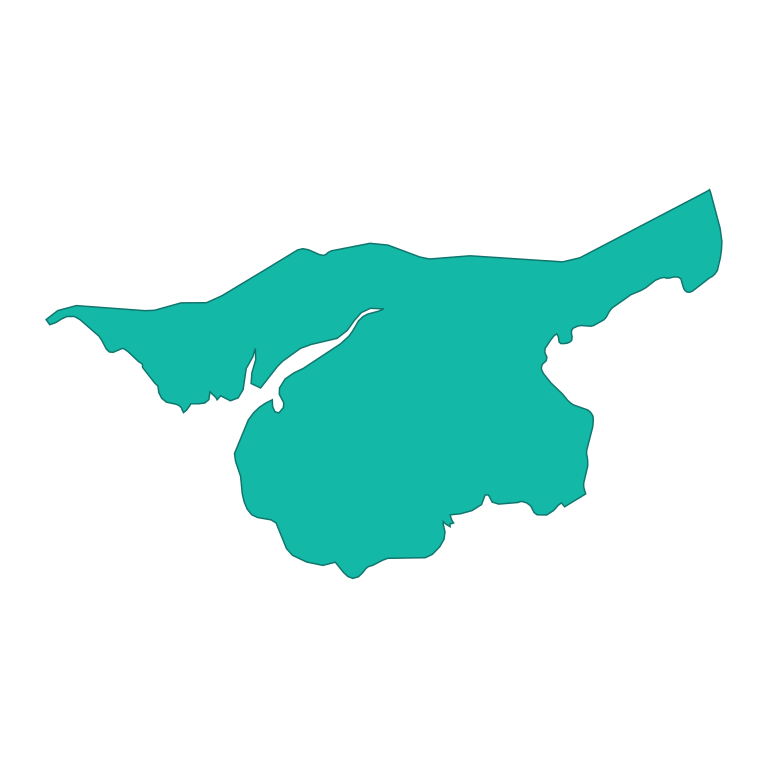 map outline of Cacheu (Robinson projection)
{"feature_id": "GNB-771", "entity_name": "Cacheu", "entity_type": "Region", "adm_level": 1, "iso_a3": "GNB", "parent_name": "Guinea-Bissau", "parent_adm1": "", "projection": "robinson", "projection_center": [-16.012, 12.221], "detail": "fine", "context": "isolated", "style": "filled", "palette": "teal", "viewbox_px": 768, "rotation_deg": 0, "n_neighbors": 0, "source": "natural_earth", "source_scale": "10m", "svg_char_len": 3110}
<svg xmlns="http://www.w3.org/2000/svg" viewBox="0 0 768 768"><path d="M562.4,261.9L579.9,257.8L708.0,190.8L709.5,189.6L710.7,192.9L720.1,228.3L721.9,241.5L721.5,249.4L720.4,257.6L717.4,270.4L714.9,274.0L712.4,276.3L709.9,277.6L692.9,290.8L690.0,292.2L687.2,292.1L685.1,290.6L683.6,288.3L680.9,278.9L678.8,277.3L676.0,276.9L673.0,277.1L670.6,277.8L669.0,278.0L666.6,278.2L664.2,277.4L660.3,278.2L655.3,280.3L645.9,287.7L640.7,290.6L631.0,294.6L611.7,308.3L609.0,312.0L606.2,317.3L603.7,319.9L593.7,325.5L590.8,326.2L581.2,325.5L577.5,326.2L572.9,328.3L571.4,331.0L571.5,333.8L572.1,336.7L571.7,340.4L569.6,342.2L566.8,343.3L563.5,343.6L561.0,343.6L559.2,342.2L558.3,336.6L556.8,333.9L554.1,335.7L550.9,339.7L545.2,348.3L544.7,352.1L545.8,354.8L546.9,356.9L546.3,360.6L542.3,364.4L541.5,366.9L541.5,369.5L542.6,371.9L544.0,374.3L551.0,383.0L562.6,394.1L567.6,400.3L569.6,402.1L571.7,403.8L574.2,405.2L587.8,410.0L590.0,411.7L591.7,413.9L593.0,416.3L593.3,420.9L592.7,427.0L586.6,450.7L586.6,454.2L587.3,457.4L587.7,461.4L587.7,466.2L583.7,483.0L583.7,486.7L584.3,489.4L585.7,493.9L565.4,506.3L564.8,506.8L565.1,507.3L561.4,502.9L558.4,505.1L553.6,510.5L546.6,515.0L537.1,514.8L534.1,512.5L530.6,505.8L526.7,502.9L522.2,501.5L520.1,501.7L517.9,502.5L498.7,504.1L492.1,502.0L488.5,495.0L485.1,495.0L481.5,504.6L472.0,510.6L460.4,513.8L450.1,514.8L451.3,518.9L452.1,520.7L453.6,523.0L451.8,523.6L450.6,523.5L450.0,524.1L450.1,526.7L446.0,524.2L443.2,521.6L443.3,524.3L445.0,532.1L444.0,539.3L439.7,546.8L432.3,554.4L425.3,557.7L387.7,558.3L382.7,560.2L372.6,565.4L368.6,566.5L365.9,568.5L362.7,572.7L358.4,576.8L352.7,578.4L347.7,576.4L343.3,572.2L335.3,562.2L322.9,565.4L306.6,562.0L292.5,555.3L286.5,548.6L276.1,523.0L271.2,519.9L257.6,517.5L251.8,514.8L247.4,509.4L244.3,502.3L242.3,494.0L240.6,476.3L235.6,461.5L234.5,453.5L248.3,420.0L253.7,412.7L259.5,407.2L265.8,403.0L272.3,399.8L272.6,406.7L275.0,411.8L278.9,412.9L283.3,407.7L283.8,402.9L279.3,394.3L279.5,388.0L285.2,378.9L293.9,372.9L303.3,368.4L340.6,343.8L348.9,336.2L352.8,330.8L358.5,320.9L363.1,316.5L367.7,314.1L378.8,311.1L383.9,308.9L370.4,308.3L361.3,312.6L354.4,320.4L347.3,330.4L337.0,338.4L310.9,344.5L300.4,348.4L282.9,361.0L277.8,366.0L260.6,388.0L251.1,383.5L251.9,372.8L255.7,359.8L255.3,348.4L252.7,357.0L246.2,368.5L243.1,389.6L238.1,397.9L230.4,400.8L220.6,395.8L217.1,399.8L215.7,397.3L209.9,391.9L208.9,399.6L204.8,403.0L198.5,403.8L190.8,403.8L189.6,405.9L186.6,410.1L183.5,412.6L182.2,409.9L181.3,407.6L179.1,405.6L176.3,404.3L166.5,402.2L161.7,398.3L158.8,392.6L157.9,386.0L154.7,383.0L142.6,367.5L142.3,363.9L138.7,361.7L128.0,351.6L123.3,348.4L120.9,349.0L113.2,352.3L109.4,352.0L106.4,349.2L101.7,340.2L99.0,336.2L80.1,319.7L74.4,316.5L66.8,316.5L61.1,319.2L55.8,322.6L49.8,324.7L46.1,319.6L57.7,310.6L76.3,305.6L145.1,310.7L154.5,310.3L181.0,302.9L206.6,302.7L222.0,295.7L262.7,271.2L297.7,249.9L303.0,248.7L308.5,249.8L319.4,254.6L323.6,255.4L326.0,254.4L328.2,252.4L331.6,250.8L370.0,243.3L388.0,245.1L419.8,257.0L429.5,259.0L469.8,255.8L474.8,256.1L562.4,261.9Z" fill="#14b8a6" stroke="#0f766e" stroke-width="1.5"/></svg>